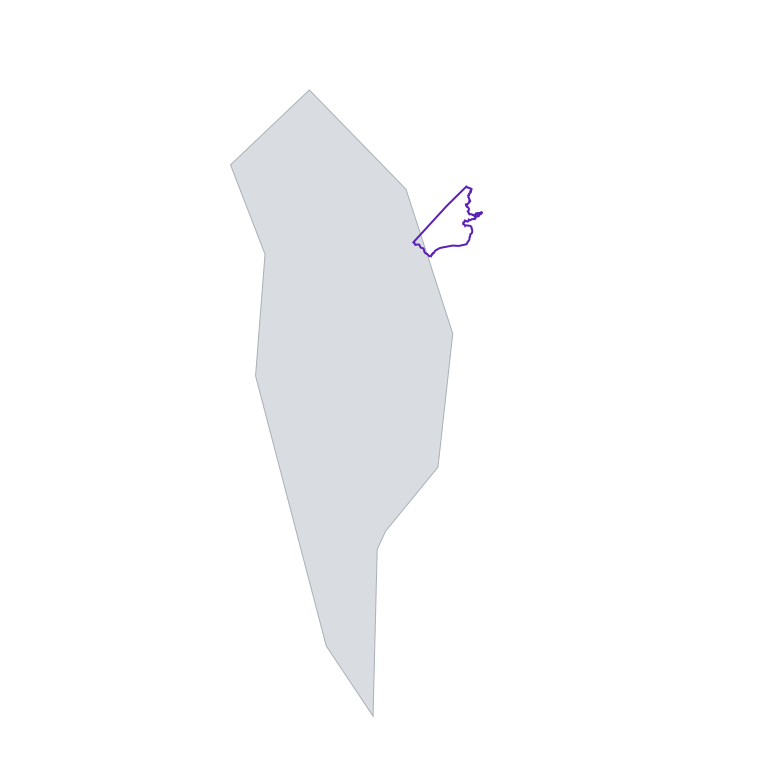 Medorm, Aimeliik, Palau (highlighted), rotated 156°
{"feature_id": "81905179B56582984107965", "entity_name": "Medorm", "entity_type": "district", "adm_level": 2, "iso_a3": "PLW", "parent_name": "Palau", "parent_adm1": "Aimeliik", "projection": "mercator", "projection_center": [134.484, 7.466], "detail": "fine", "context": "in_parent", "style": "outline", "palette": "violet", "viewbox_px": 768, "rotation_deg": 156, "n_neighbors": 0, "source": "geoboundaries", "source_scale": "gbopen_adm2", "svg_char_len": 4595}
<svg xmlns="http://www.w3.org/2000/svg" viewBox="0 0 768 768"><g transform="rotate(156 384 384)"><path d="M435.1,646.6L332.6,683.0L284.7,552.9L300.7,402.1L368.5,286.1L442.3,249.0L457.5,235.7L529.1,85.0L543.3,168.1L498.0,443.7L439.9,550.9L435.1,646.6Z" fill="#d9dde1" stroke="#a8b0b8" stroke-width="1"/><path d="M300.4,501.1L299.9,501.2L299.7,501.2L299.2,501.2L298.9,500.8L298.8,500.5L298.9,499.9L298.9,499.6L298.9,499.3L298.9,498.9L298.8,498.5L298.7,498.3L298.3,498.1L297.9,498.1L297.4,498.1L296.9,497.9L296.4,497.7L296.0,497.5L295.5,497.2L295.1,496.8L295.1,496.2L295.1,495.1L295.1,494.6L295.1,494.4L295.1,494.1L294.9,493.7L294.7,493.4L294.3,493.0L293.8,492.7L293.3,492.2L293.0,491.9L292.8,491.7L292.9,490.8L293.0,490.3L293.1,489.8L293.3,488.4L293.3,487.8L293.2,487.4L293.1,487.2L293.0,486.7L292.6,486.3L292.3,485.8L291.7,485.2L291.3,484.4L291.0,483.3L290.8,482.8L290.7,482.5L290.6,482.3L290.3,482.1L290.1,482.0L289.9,482.0L289.7,482.0L289.3,482.0L289.0,482.1L288.9,482.1L288.5,482.2L288.4,482.3L288.4,482.2L288.2,482.4L287.8,482.4L287.6,482.6L287.1,482.8L286.9,482.9L286.5,483.1L286.4,483.1L286.2,483.4L286.1,483.6L285.9,483.5L285.7,483.5L285.3,483.4L282.9,485.0L278.2,485.5L276.1,485.2L271.1,484.0L265.1,482.6L259.5,479.7L252.1,478.2L252.0,478.3L251.6,478.2L250.4,479.1L250.2,479.4L250.1,479.6L249.8,479.7L249.0,480.0L248.6,480.4L248.2,480.5L247.2,481.3L246.5,482.7L246.1,482.9L245.8,483.7L245.1,484.1L244.6,484.9L244.5,485.2L244.4,485.6L243.6,485.8L243.2,485.8L242.9,485.9L242.4,486.1L242.2,486.5L241.7,486.8L241.3,487.4L241.2,488.1L240.7,488.9L240.6,489.6L240.9,490.3L240.4,491.1L240.3,492.1L240.6,492.9L241.2,493.6L241.6,493.8L241.9,494.1L242.3,494.2L242.6,494.3L242.8,494.6L243.5,494.9L244.0,495.3L244.5,495.6L245.0,495.7L245.6,495.4L245.6,496.1L246.1,497.5L246.3,497.6L246.6,497.8L246.6,498.0L246.0,499.2L245.7,499.3L245.2,499.1L244.8,499.2L244.5,499.4L244.3,499.6L244.1,500.0L243.9,500.4L243.7,500.5L243.5,500.4L243.4,500.2L243.1,500.1L243.0,499.9L243.0,499.7L242.9,499.6L242.8,499.4L242.7,499.4L242.4,499.1L242.2,499.1L242.0,498.9L241.9,498.7L241.7,498.5L241.2,498.3L240.5,498.4L240.3,498.6L240.2,498.9L239.8,498.9L239.6,499.1L239.5,499.5L239.3,499.3L239.1,499.2L238.9,498.9L238.5,498.8L238.3,498.7L237.9,498.6L237.5,498.7L237.3,498.8L236.9,498.8L236.6,498.8L236.2,498.6L235.6,498.6L235.1,498.4L234.8,498.0L234.2,497.8L233.8,497.8L233.5,497.8L233.2,498.0L233.1,498.6L233.1,498.9L233.0,499.0L232.9,499.0L232.7,499.1L232.8,499.6L232.7,500.1L232.8,500.3L232.3,500.4L232.1,500.3L231.9,500.4L231.6,500.2L231.3,499.8L231.3,499.5L231.2,499.1L230.4,499.0L230.1,499.0L229.6,498.9L229.3,498.9L229.3,499.1L229.1,499.1L228.8,499.3L228.9,499.5L228.7,499.5L228.4,499.7L228.1,499.6L227.8,499.8L227.4,500.0L226.5,499.9L226.2,500.0L225.9,500.1L225.7,500.1L225.4,500.5L225.1,500.4L224.8,500.8L224.9,501.2L225.3,501.4L226.0,501.3L226.5,501.0L226.8,501.4L227.5,501.4L228.2,501.5L228.6,502.1L229.1,502.2L229.4,502.0L229.6,501.6L229.8,502.0L230.3,502.3L230.8,502.4L231.1,502.1L231.2,501.7L231.7,501.7L231.9,501.6L232.1,501.4L232.3,501.3L232.5,501.1L233.1,501.1L233.3,501.1L233.5,501.3L233.5,501.5L233.5,502.1L233.8,502.3L234.1,502.3L234.4,502.4L234.4,502.7L234.6,503.1L235.2,503.5L235.3,503.7L236.0,504.0L236.4,504.0L236.7,504.1L236.9,504.3L236.9,504.6L237.0,504.9L237.1,505.0L236.9,505.3L237.0,505.6L237.1,505.8L236.9,506.1L237.0,506.3L237.0,506.6L237.0,506.8L237.2,507.2L237.3,507.3L237.3,507.6L237.2,507.6L237.0,507.4L236.8,507.5L236.4,508.0L235.9,508.4L235.7,508.5L235.2,509.1L235.2,509.7L235.2,510.6L235.2,510.9L235.5,511.5L235.9,511.8L236.2,512.1L236.2,512.4L236.0,512.6L235.9,512.9L236.1,513.0L236.3,513.4L236.5,513.7L236.4,513.9L236.2,514.7L235.5,514.5L235.4,514.6L235.1,514.6L234.8,514.5L234.6,514.4L234.4,514.5L234.0,514.5L233.8,514.5L233.5,514.7L233.3,514.7L232.8,515.0L232.7,515.4L232.6,515.6L232.4,515.6L232.3,515.4L232.1,515.4L231.9,515.6L231.2,515.7L231.0,515.8L230.8,516.2L230.8,516.6L231.3,516.8L231.3,517.1L231.0,517.4L230.9,517.9L230.8,518.2L230.9,518.5L230.8,518.9L230.9,519.0L230.8,519.3L230.8,519.5L230.9,519.9L231.0,520.3L230.7,520.8L230.6,521.0L230.4,521.4L230.4,521.6L230.1,521.4L229.6,521.8L229.5,522.0L229.1,522.5L228.8,522.7L228.8,523.0L228.6,522.9L228.1,523.3L227.5,523.6L227.4,523.9L227.2,523.8L226.9,523.8L226.6,524.0L226.2,524.5L226.1,524.8L226.1,525.0L226.3,525.3L226.1,525.4L225.9,525.6L225.7,525.7L225.3,525.8L225.1,525.9L224.8,526.2L224.7,526.5L225.0,526.9L225.6,527.5L226.0,528.1L226.8,528.5L227.0,529.0L227.3,529.3L227.9,529.6L228.1,530.0L228.3,530.1L228.2,530.2L228.2,530.6L228.4,530.9L254.2,521.2L300.4,501.1Z" fill="none" stroke="#5b21b6" stroke-width="2"/></g></svg>